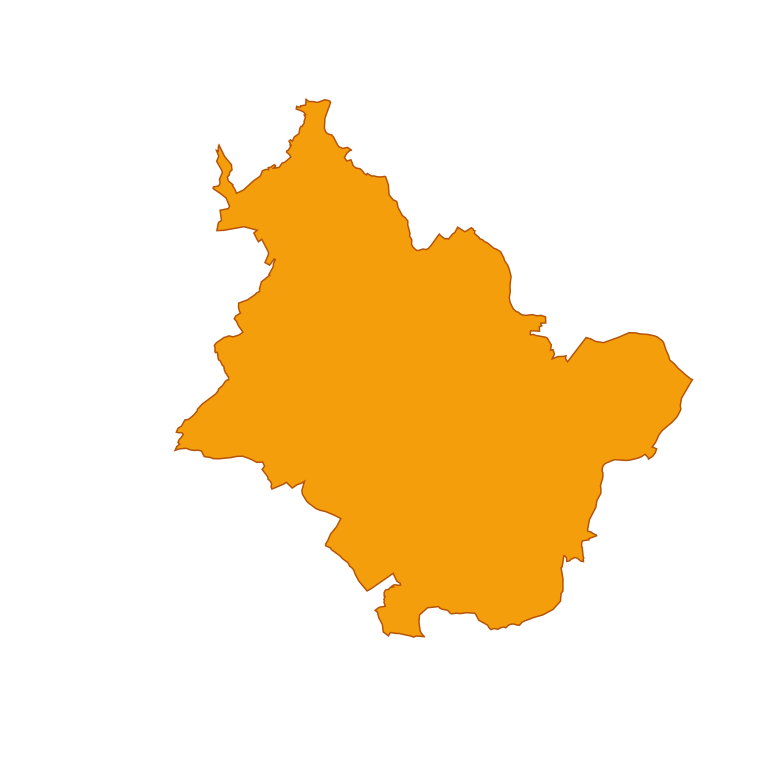 Sanmartin, Cluj, Romania, rotated 302°
{"feature_id": "2599482B60326025316894", "entity_name": "Sanmartin", "entity_type": "district", "adm_level": 2, "iso_a3": "ROU", "parent_name": "Romania", "parent_adm1": "Cluj", "projection": "equal_earth", "projection_center": [24.069, 47.018], "detail": "fine", "context": "isolated", "style": "filled", "palette": "amber", "viewbox_px": 768, "rotation_deg": 302, "n_neighbors": 0, "source": "geoboundaries", "source_scale": "gbopen_adm2", "svg_char_len": 6171}
<svg xmlns="http://www.w3.org/2000/svg" viewBox="0 0 768 768"><g transform="rotate(302 384 384)"><path d="M557.3,405.1L558.4,397.7L558.1,393.5L558.5,390.9L557.9,387.8L558.6,387.2L559.6,380.8L562.1,379.9L561.8,378.4L562.7,377.3L562.8,375.3L556.0,372.0L556.0,363.4L549.9,363.8L547.4,362.7L540.9,361.8L540.8,360.4L539.4,358.7L539.7,354.1L540.4,351.4L525.4,350.4L522.3,349.7L520.2,348.4L519.2,345.6L515.8,342.8L514.6,340.9L514.7,340.0L515.6,335.6L517.0,333.4L521.1,331.1L523.1,327.1L525.2,326.5L531.5,319.8L534.8,317.9L536.2,314.1L536.6,310.3L541.1,302.4L545.3,298.4L545.5,297.0L545.0,294.2L547.1,288.1L555.2,282.2L560.6,275.6L560.4,274.5L558.4,272.3L556.3,268.8L555.3,265.7L553.8,263.0L553.7,258.3L552.0,258.3L552.1,255.5L553.6,251.9L553.8,249.5L552.3,245.6L552.7,242.4L556.6,237.2L553.4,234.1L555.2,230.4L560.6,230.2L564.5,231.7L564.9,232.3L565.2,231.8L565.2,227.5L562.0,224.3L561.3,220.5L562.0,218.2L566.6,210.4L567.5,207.7L566.5,204.5L566.7,201.4L569.2,198.0L578.2,193.0L594.2,189.6L595.2,188.4L594.8,186.1L593.7,183.2L587.9,178.7L587.0,177.2L585.6,173.5L583.9,171.0L583.9,168.2L584.4,166.4L583.3,167.6L579.1,169.7L575.7,165.9L574.7,166.5L573.7,164.9L573.2,162.8L570.7,163.8L572.0,170.0L572.0,172.0L570.8,174.9L569.8,173.8L568.6,176.0L564.2,177.1L563.3,178.0L559.0,178.0L558.5,177.1L556.3,177.1L551.2,179.2L546.0,177.0L541.4,177.6L541.5,175.4L539.7,174.7L537.2,178.7L536.8,177.8L535.7,179.0L531.3,178.9L530.4,178.0L529.1,178.5L528.4,182.3L527.0,184.7L519.7,182.4L517.2,180.5L512.1,180.3L508.5,176.0L511.5,176.5L511.9,175.0L510.2,173.8L507.7,173.1L506.2,171.1L504.7,172.5L503.4,170.1L500.4,167.9L495.8,168.8L494.0,168.6L486.7,165.5L474.2,162.1L467.6,157.9L470.2,154.2L471.9,150.4L472.9,150.3L473.7,144.5L476.3,141.5L479.1,142.0L482.2,140.9L484.9,141.7L489.2,138.3L492.5,128.2L499.2,117.5L497.6,117.7L493.6,120.1L493.3,118.1L489.6,123.2L484.2,124.0L479.4,132.9L477.8,134.8L470.2,136.1L467.6,138.5L465.9,138.9L464.0,138.5L460.8,134.9L459.2,135.5L458.8,145.2L458.0,151.6L452.9,158.8L450.2,159.0L444.5,152.9L436.6,159.5L433.6,158.2L432.4,158.3L425.5,161.0L429.4,166.7L443.2,181.9L447.2,195.0L443.1,193.6L438.8,200.7L438.1,202.3L442.0,203.6L434.6,216.1L432.5,217.4L423.9,218.7L424.2,224.0L431.9,224.6L431.8,226.0L427.6,226.4L424.7,227.9L416.0,228.4L415.9,229.5L405.7,225.9L399.2,227.8L396.4,229.4L393.5,227.6L391.5,227.3L383.1,223.7L375.5,217.9L372.1,219.8L368.9,223.1L368.2,224.7L362.8,222.2L359.9,222.5L359.0,225.7L356.3,229.6L353.2,236.9L348.8,235.1L344.0,231.0L342.6,226.9L340.1,225.2L338.9,223.8L330.1,220.0L326.7,219.7L325.3,221.5L321.9,223.4L321.3,224.4L322.6,225.8L317.3,230.3L316.8,231.2L317.0,232.5L314.3,236.9L313.9,239.0L311.7,240.7L309.3,244.0L309.1,245.5L308.0,246.5L307.7,248.4L305.2,249.9L304.1,248.7L302.5,248.1L296.9,247.8L292.3,246.4L290.1,246.9L286.5,246.6L270.7,240.5L263.8,239.2L262.3,239.8L256.9,239.1L250.4,237.0L248.0,234.2L241.1,234.6L237.2,232.8L233.1,233.4L233.9,235.8L235.5,238.3L235.0,240.5L230.7,240.3L228.6,239.7L225.2,240.2L224.8,242.6L221.2,241.4L217.0,242.0L220.3,244.6L224.6,250.2L225.6,255.0L227.5,259.0L229.0,260.7L230.5,264.6L227.2,270.0L229.7,275.6L230.0,278.3L233.0,283.5L240.1,292.7L244.7,297.7L248.0,302.6L249.7,311.3L250.1,317.6L253.5,322.4L251.0,326.3L247.0,325.9L243.5,335.0L241.7,336.2L241.6,338.3L240.0,341.4L237.0,342.7L235.5,344.6L245.6,351.7L248.9,353.3L247.1,361.3L252.8,363.8L256.4,366.8L259.4,368.1L250.4,370.7L248.4,372.2L247.1,373.6L243.6,380.6L242.9,384.4L242.3,392.4L243.0,396.5L244.9,402.2L246.4,411.5L247.0,418.7L238.0,419.4L228.6,418.2L220.7,419.4L217.5,419.3L215.9,420.1L216.7,425.7L215.7,426.9L214.9,437.8L213.9,441.3L213.3,448.4L211.2,451.6L211.3,453.2L210.4,456.5L207.4,460.5L203.6,467.0L199.5,479.3L203.9,481.7L228.3,492.1L223.5,499.5L223.6,503.4L222.3,504.6L220.8,502.7L220.1,500.7L218.7,498.7L216.6,497.8L216.8,499.2L214.6,497.1L212.3,496.7L210.0,494.4L207.3,494.6L204.2,496.6L204.5,497.0L204.3,497.6L201.3,498.0L200.8,498.9L198.7,499.8L196.2,502.9L192.2,498.3L187.4,496.4L187.0,499.4L183.2,503.2L179.2,510.0L173.3,514.8L172.8,521.2L176.6,521.1L179.1,527.0L180.2,528.5L184.6,540.7L185.0,543.2L186.8,544.4L188.1,546.2L190.9,551.7L190.9,552.7L192.4,547.7L194.0,545.3L200.5,539.9L206.9,536.5L217.3,539.5L224.2,548.3L223.5,550.3L223.8,552.8L225.5,556.8L225.6,558.7L224.7,561.9L225.0,563.3L228.0,566.8L229.7,570.4L233.6,574.9L237.6,582.2L237.5,583.5L233.9,589.5L234.4,599.7L233.0,602.1L232.4,604.8L235.1,607.1L236.2,610.5L238.4,611.6L241.4,614.2L241.8,616.5L245.5,617.4L247.4,618.7L249.1,621.0L250.2,624.9L251.3,626.8L254.9,627.2L256.9,628.3L265.3,634.7L272.3,641.0L282.3,646.8L293.4,648.7L300.0,645.3L303.3,645.4L313.9,638.8L322.0,631.5L323.4,632.0L333.7,627.5L333.9,629.2L333.2,630.9L330.4,633.0L332.5,635.2L334.5,635.5L338.0,637.8L338.7,640.1L338.1,644.8L339.1,647.3L340.8,645.9L342.5,645.5L343.0,644.5L350.6,638.6L351.1,637.4L355.2,635.4L356.4,635.7L360.5,640.4L361.5,639.8L368.0,644.7L368.5,643.8L368.0,642.1L368.1,637.6L367.2,635.1L367.8,634.1L377.9,630.1L391.6,629.0L398.0,626.3L406.1,625.8L409.9,623.7L412.2,621.6L420.7,619.1L424.3,617.0L426.0,615.0L428.4,613.7L430.9,613.2L433.3,613.6L435.5,614.8L442.0,619.6L447.6,630.0L449.8,632.9L456.0,638.9L459.3,641.1L462.7,642.6L461.7,646.7L460.5,648.1L465.0,650.1L469.2,650.5L473.5,649.6L472.7,644.9L478.8,645.2L486.8,644.1L492.1,644.6L503.7,648.4L510.4,649.8L513.8,649.8L519.8,649.2L522.7,646.7L529.7,643.8L551.2,643.2L550.8,641.3L551.5,635.6L553.3,624.7L554.9,619.7L555.8,613.6L559.2,609.8L562.1,605.3L567.3,599.1L568.1,597.2L568.7,590.9L568.2,588.0L566.0,581.8L561.8,573.8L561.0,571.0L557.4,564.7L548.0,558.2L535.4,548.3L532.2,540.8L531.8,535.4L530.5,530.8L500.1,527.9L501.7,524.5L504.4,523.4L502.6,521.7L499.5,517.0L494.5,513.3L499.7,512.7L502.7,509.1L500.8,507.4L505.8,505.2L509.4,498.1L509.3,496.2L505.5,486.7L505.2,484.3L503.3,482.3L503.7,481.5L506.9,480.2L511.2,487.9L514.9,485.4L517.0,487.0L517.6,485.6L518.7,484.7L521.5,488.8L526.5,485.4L525.5,481.0L522.7,477.2L521.5,473.1L517.4,468.0L516.0,465.0L515.6,462.7L516.1,460.2L515.5,457.6L516.3,453.5L520.2,447.5L523.7,444.4L529.3,442.1L534.2,438.7L542.5,434.8L547.6,429.5L550.4,425.8L552.4,421.1L554.6,418.5L558.0,412.7L557.9,408.0L557.3,405.1Z" fill="#f59e0b" stroke="#b45309" stroke-width="1.5"/></g></svg>